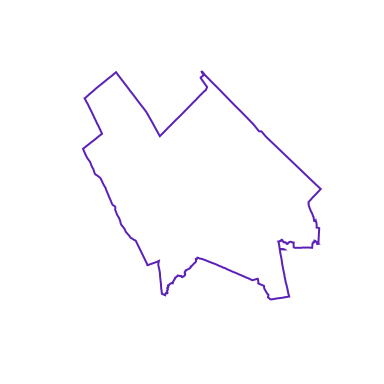 the district of Branistea, Mehedinti, Romania, rotated 223°
{"feature_id": "2599482B17311395711946", "entity_name": "Branistea", "entity_type": "district", "adm_level": 2, "iso_a3": "ROU", "parent_name": "Romania", "parent_adm1": "Mehedinti", "projection": "albers", "projection_center": [22.991, 44.246], "detail": "fine", "context": "isolated", "style": "outline", "palette": "violet", "viewbox_px": 384, "rotation_deg": 223, "n_neighbors": 0, "source": "geoboundaries", "source_scale": "gbopen_adm2", "svg_char_len": 5814}
<svg xmlns="http://www.w3.org/2000/svg" viewBox="0 0 384 384"><g transform="rotate(223 192 192)"><path d="M183.3,283.0L184.3,282.1L192.6,283.3L193.7,283.4L209.6,284.2L220.1,284.5L244.8,285.7L251.9,285.9L262.4,286.4L266.7,287.0L266.9,286.5L265.5,286.0L263.8,285.7L263.5,285.6L263.3,285.4L263.2,285.1L263.1,284.7L263.5,283.3L263.7,282.1L263.7,281.6L263.6,281.4L263.4,281.3L254.3,279.4L252.6,279.1L252.4,278.8L251.8,277.1L251.7,276.6L251.3,275.7L251.6,275.1L251.7,274.8L251.8,271.7L252.0,267.2L252.0,261.6L252.2,257.6L252.2,256.4L252.6,239.7L253.0,232.6L253.1,227.1L253.3,222.4L253.4,216.3L253.5,214.5L253.6,210.9L261.0,213.3L268.5,215.8L280.0,219.4L284.8,220.2L289.1,220.9L291.0,221.2L304.0,223.5L306.5,223.8L308.8,224.3L327.3,227.4L329.2,227.9L329.3,227.6L329.5,226.1L329.9,222.3L330.8,216.9L331.2,213.5L332.8,202.5L333.1,198.4L333.8,193.3L333.8,192.5L333.8,192.0L334.0,190.7L334.0,190.4L334.1,189.5L334.2,187.7L334.4,187.3L329.6,185.6L327.4,185.0L326.5,184.5L321.0,182.5L308.9,177.7L308.6,177.6L308.2,177.3L307.5,177.1L307.0,177.1L297.5,173.2L297.8,171.6L298.3,168.4L298.8,164.2L299.3,161.2L299.8,158.3L300.7,152.1L301.2,149.3L298.8,148.2L294.1,146.2L291.2,145.3L288.6,144.8L287.7,144.7L285.0,143.5L282.8,142.4L279.7,141.4L276.1,139.4L275.6,139.1L275.2,139.0L274.6,139.0L272.7,139.4L269.3,139.7L268.5,139.7L267.5,139.4L266.9,139.2L262.6,137.4L260.1,136.6L258.5,136.2L258.1,136.1L257.0,135.4L254.5,134.2L253.9,134.0L252.6,133.4L250.8,132.6L249.9,132.1L246.3,130.6L242.2,128.7L241.3,128.5L240.7,128.5L238.9,128.9L238.4,128.9L237.8,128.6L237.4,128.3L237.1,128.0L236.5,127.0L236.1,126.7L235.6,126.4L230.8,124.1L228.1,123.4L226.3,122.6L225.0,122.0L222.9,120.5L222.0,120.0L221.5,119.9L220.4,119.6L219.1,119.5L216.4,119.0L215.7,118.8L214.4,118.2L213.0,117.7L209.1,117.3L207.9,117.2L205.7,116.6L204.6,117.0L202.0,117.4L201.2,117.6L200.4,118.0L199.9,118.0L196.0,116.5L185.0,112.3L176.0,108.8L174.0,107.7L174.2,108.0L174.3,108.7L170.1,116.8L169.7,117.8L169.2,119.0L168.6,118.0L167.6,116.4L166.7,115.5L162.5,112.6L160.1,110.8L158.0,108.7L153.1,104.5L152.0,103.6L151.0,102.5L150.2,101.9L148.8,100.5L146.5,98.7L144.6,97.0L141.3,98.2L141.6,98.6L141.7,98.9L142.0,99.2L142.2,100.2L142.2,100.5L141.4,100.8L141.0,101.1L141.1,101.4L141.2,101.6L141.5,101.7L142.2,102.2L142.9,102.8L143.1,102.9L143.0,103.4L143.1,104.1L143.2,104.4L143.3,104.5L143.8,104.5L144.5,104.7L144.7,105.0L144.6,105.4L144.4,105.8L144.4,106.3L144.5,106.4L145.0,106.6L145.4,106.7L145.8,107.0L145.9,107.5L145.3,108.1L145.5,108.6L145.4,109.0L145.5,109.4L145.4,109.8L145.3,110.3L145.0,111.4L144.6,111.9L144.3,112.0L144.3,111.8L144.1,111.8L143.8,112.1L144.6,113.6L144.8,113.8L144.8,114.1L144.9,115.0L145.2,115.6L145.1,115.9L145.2,116.3L145.5,117.0L145.4,117.3L145.5,117.5L145.8,117.8L145.6,118.3L145.6,119.2L145.6,119.5L145.4,119.7L145.4,120.3L145.5,121.2L145.3,121.4L144.3,121.8L143.9,122.0L143.5,122.6L142.5,123.4L142.4,123.4L142.2,123.2L141.7,122.8L141.1,123.0L140.9,123.6L140.5,125.0L140.4,126.1L140.6,126.6L140.7,127.0L141.1,127.2L141.3,127.3L141.4,127.5L141.5,127.6L142.1,127.7L142.1,127.9L142.4,128.7L142.9,128.9L142.9,129.4L142.8,130.1L143.2,130.5L142.9,131.0L142.4,132.3L141.7,134.0L141.6,134.6L141.6,135.3L141.7,135.5L141.5,135.8L141.6,136.1L142.0,136.4L142.1,136.7L142.0,137.1L141.8,137.3L141.9,137.6L141.8,138.0L141.8,138.4L141.7,139.6L141.8,141.0L141.6,142.2L141.6,142.3L141.6,142.5L141.5,143.2L141.7,143.8L141.9,143.9L142.3,144.6L143.3,145.5L142.7,145.8L142.7,146.0L143.3,147.6L143.1,147.8L140.7,148.8L139.8,149.4L137.9,150.4L137.6,150.5L133.5,152.1L131.1,153.0L125.3,155.4L120.9,156.8L119.8,157.4L118.8,157.7L118.1,157.8L117.1,158.2L116.6,158.6L114.8,159.2L114.1,159.3L110.4,160.6L106.9,161.8L105.1,162.6L103.6,163.1L102.8,163.4L102.0,163.6L100.2,164.3L99.6,164.5L96.6,165.6L95.1,166.0L94.6,166.3L93.5,166.6L92.9,167.0L87.7,168.6L84.8,173.4L84.7,173.4L82.0,171.4L81.4,170.7L81.2,170.3L79.6,170.9L75.7,172.3L75.3,172.4L74.0,171.2L73.5,170.9L73.1,170.6L68.9,169.3L67.1,168.9L66.8,168.9L66.5,169.0L66.2,169.0L65.5,168.4L65.2,167.8L64.8,166.9L64.6,166.8L61.6,167.0L60.8,167.4L57.2,172.2L55.5,174.2L53.3,176.9L52.3,178.4L49.6,181.8L52.7,183.7L56.1,186.2L59.4,188.4L61.2,189.5L62.1,190.0L62.5,190.4L63.2,190.8L64.3,191.7L66.8,193.4L67.5,194.0L67.9,194.3L67.9,194.5L69.4,195.4L75.1,199.5L78.6,202.2L79.1,202.7L83.2,205.8L83.9,206.2L86.3,208.0L88.2,209.6L88.3,209.8L88.3,210.1L88.3,210.3L88.2,210.5L86.6,211.9L85.4,212.8L85.2,213.0L85.7,212.9L86.1,212.6L88.6,210.6L89.2,210.3L89.7,210.6L90.7,211.6L92.0,212.6L93.7,213.8L95.1,214.6L94.8,214.9L94.3,215.3L94.2,215.5L94.3,216.2L94.2,216.4L93.7,216.7L93.7,216.9L94.0,218.0L93.7,218.3L93.4,218.4L92.8,218.4L92.4,218.0L92.0,217.8L91.6,217.9L91.2,218.0L90.8,217.8L90.5,217.8L90.2,217.9L90.0,218.2L89.8,218.7L89.6,218.8L88.3,219.1L87.9,219.0L87.6,218.7L87.0,218.8L86.9,218.9L86.7,219.3L86.7,220.0L86.8,220.2L86.8,220.6L86.9,221.1L86.8,221.4L86.5,221.8L86.5,222.1L85.8,223.0L85.5,223.2L84.5,223.3L84.0,223.7L83.6,224.2L83.1,224.4L82.3,223.3L80.5,221.5L79.9,221.0L79.3,221.1L78.6,221.4L76.1,223.8L75.7,224.2L74.3,225.4L73.1,226.9L72.5,227.5L71.4,228.4L70.8,229.1L68.7,231.0L66.1,233.1L68.7,236.5L68.9,236.9L68.7,237.3L68.7,237.9L68.9,238.1L68.7,238.3L68.1,238.7L68.1,238.9L68.1,239.2L68.3,239.3L69.0,239.5L69.3,239.9L69.0,240.2L67.5,240.4L66.8,240.5L65.6,240.4L65.3,240.1L65.3,239.9L65.2,239.4L64.9,239.3L64.1,240.4L64.3,240.4L66.1,242.5L67.1,243.7L69.2,246.2L71.7,249.2L74.3,252.3L76.7,251.0L77.6,252.2L80.3,254.6L80.9,254.7L81.4,255.0L81.5,255.2L82.0,255.5L81.9,255.1L82.0,254.7L82.8,254.1L86.1,256.6L87.1,256.9L87.7,257.2L88.0,257.5L90.2,258.5L91.8,258.9L93.2,259.7L94.6,260.3L97.1,261.6L98.3,262.4L98.6,262.7L98.9,263.4L99.9,264.0L99.9,266.8L100.0,269.3L100.0,272.1L99.9,274.3L99.9,280.4L99.9,282.0L108.5,282.0L175.7,282.9L182.6,283.7L182.8,283.6L183.3,283.0Z" fill="none" stroke="#5b21b6" stroke-width="2"/></g></svg>